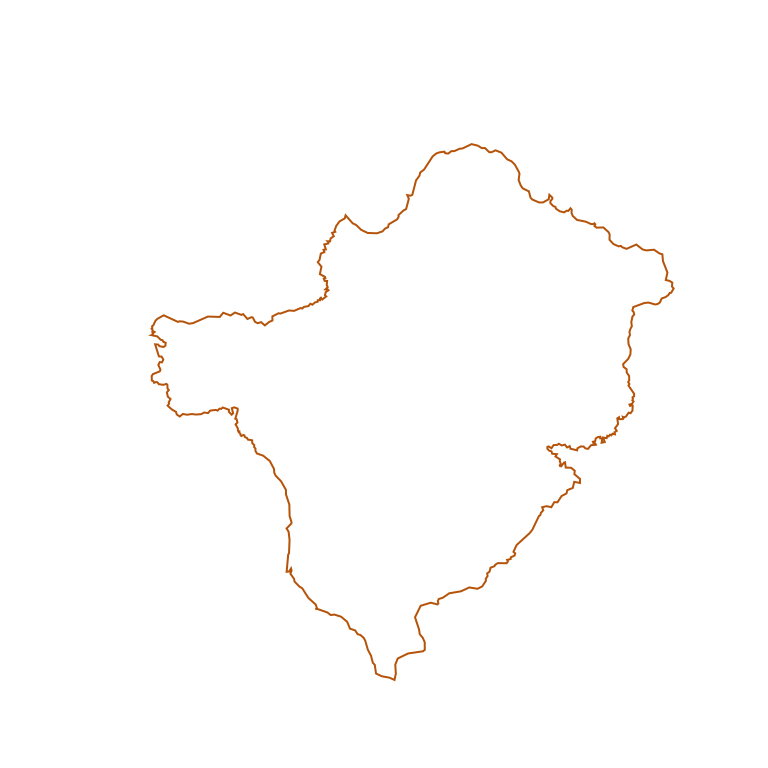 Nagekeo, Nusa Tenggara Timur, Indonesia, rotated 208°
{"feature_id": "22746128B97494513966687", "entity_name": "Nagekeo", "entity_type": "district", "adm_level": 2, "iso_a3": "IDN", "parent_name": "Indonesia", "parent_adm1": "Nusa Tenggara Timur", "projection": "albers", "projection_center": [121.268, -8.674], "detail": "fine", "context": "isolated", "style": "outline", "palette": "amber", "viewbox_px": 768, "rotation_deg": 208, "n_neighbors": 0, "source": "geoboundaries", "source_scale": "gbopen_adm2", "svg_char_len": 6154}
<svg xmlns="http://www.w3.org/2000/svg" viewBox="0 0 768 768"><g transform="rotate(208 384 384)"><path d="M612.2,318.0L606.5,319.6L601.9,318.2L600.1,318.7L598.5,317.6L596.2,318.0L595.0,315.3L596.0,313.2L600.0,312.0L601.9,312.8L604.7,311.6L595.7,302.7L593.2,303.8L590.3,301.9L590.2,298.9L592.3,298.0L592.2,294.9L588.1,291.7L587.9,289.9L592.7,284.2L592.8,281.8L590.6,278.1L588.9,278.2L587.5,277.1L586.3,278.7L584.7,279.1L582.7,278.1L578.4,279.7L576.2,281.9L575.0,281.7L573.0,278.4L571.2,277.6L571.8,274.7L568.9,271.3L565.4,270.5L565.5,266.8L564.5,265.8L564.9,263.3L559.3,261.9L554.5,261.7L552.7,259.8L549.1,259.4L547.5,263.1L543.5,264.4L539.5,267.3L535.8,268.7L531.3,271.5L529.4,274.4L525.7,275.7L525.0,278.9L520.3,282.2L518.4,282.4L517.7,285.0L516.0,285.7L515.4,287.5L508.9,288.5L507.9,286.6L504.1,285.4L503.5,287.3L507.0,291.2L505.4,293.0L501.7,293.6L500.7,291.9L499.0,283.5L497.6,283.7L495.3,281.2L496.1,278.7L492.3,276.2L490.9,274.1L489.5,274.3L489.4,273.1L487.6,272.8L486.6,271.4L485.5,271.1L484.4,272.9L483.2,273.1L482.0,271.9L479.6,272.0L478.1,271.0L474.0,272.4L472.5,269.9L469.9,269.2L469.0,267.3L467.2,266.7L466.2,264.6L463.5,263.0L457.1,264.0L448.7,262.4L441.3,257.4L439.1,254.0L436.7,252.2L429.2,249.8L420.8,244.4L418.7,240.5L411.0,233.1L405.3,223.0L400.8,218.6L400.3,217.4L402.2,210.7L398.9,208.8L394.2,202.0L388.4,190.0L388.5,188.4L381.8,172.5L379.7,173.9L379.5,177.5L378.0,175.8L377.5,172.5L371.9,169.7L370.3,167.6L363.6,165.4L360.4,165.3L350.3,159.6L340.7,157.2L338.0,154.6L338.7,153.0L337.3,154.1L326.8,155.7L322.6,155.0L319.6,157.1L312.6,158.4L304.8,156.7L299.2,152.0L293.8,152.9L289.8,150.7L287.0,151.3L283.0,150.4L280.2,148.7L273.5,141.8L267.9,138.0L263.0,132.6L260.3,131.7L255.1,124.6L248.8,124.9L241.2,127.3L235.8,127.6L237.6,133.9L242.3,141.5L243.0,148.1L236.2,157.4L224.1,166.3L223.2,168.4L226.8,175.1L230.6,178.1L235.0,179.9L237.8,183.7L247.1,192.6L247.5,205.4L240.1,212.8L233.3,214.5L233.0,215.8L234.6,217.7L234.7,219.9L231.7,222.9L228.1,229.9L218.7,237.1L213.2,244.4L205.3,247.1L202.3,251.3L201.6,258.0L202.7,259.6L202.4,263.1L204.0,265.2L202.7,267.8L203.7,271.8L200.9,275.0L201.0,276.5L199.4,279.3L191.6,283.3L191.3,285.5L192.7,286.5L190.0,288.9L190.7,290.5L188.2,293.7L188.6,296.0L190.9,296.6L191.3,304.1L185.3,321.0L184.6,325.0L185.2,340.1L184.4,341.7L185.0,343.9L184.1,347.3L186.5,349.4L183.2,352.4L178.4,353.8L178.2,359.6L175.3,361.0L174.6,368.5L171.5,373.0L172.3,376.4L168.5,380.9L170.1,386.9L164.5,388.6L166.4,392.2L173.6,393.8L174.8,396.9L179.4,397.9L184.3,395.5L187.4,399.9L188.2,399.0L188.9,394.5L190.1,394.2L190.7,394.8L190.4,396.4L192.6,398.4L193.2,400.1L198.6,400.5L198.4,403.2L202.7,401.4L204.5,403.1L206.9,402.7L209.3,403.5L210.2,405.2L209.3,406.2L206.0,405.9L205.6,409.6L202.4,411.6L201.6,413.3L198.2,413.2L195.8,415.4L192.6,413.9L190.9,416.3L189.0,414.4L182.4,416.1L183.0,418.1L181.0,421.2L178.4,422.5L176.0,421.7L173.4,422.5L172.5,427.1L168.4,429.8L169.6,430.7L171.3,430.1L172.4,431.1L170.7,432.6L171.5,435.4L170.2,437.6L168.4,438.9L167.6,437.5L165.6,438.4L164.3,434.3L161.8,436.4L165.4,439.6L162.0,440.7L162.5,443.1L161.1,443.2L160.6,445.4L159.2,445.4L158.9,447.4L156.5,448.0L157.8,449.6L156.5,451.9L159.3,453.4L158.5,458.5L161.9,463.2L160.9,464.9L159.9,463.3L156.7,465.1L156.5,465.9L157.7,467.1L156.3,467.3L155.1,468.9L154.5,473.5L152.6,474.0L152.1,477.1L154.3,481.7L155.4,481.5L156.4,480.2L157.6,481.1L155.7,483.0L155.5,485.8L157.1,486.2L157.2,487.7L158.3,488.9L157.4,490.6L158.6,492.8L167.4,497.4L167.3,499.2L169.3,500.3L169.2,502.4L171.4,506.2L175.0,508.0L176.8,511.0L180.4,511.5L182.2,513.8L180.2,520.6L180.3,525.7L182.5,530.5L186.8,534.0L189.7,538.8L189.8,542.7L191.7,545.2L192.3,548.4L192.3,551.4L194.7,554.7L196.3,560.2L195.7,562.8L197.4,564.8L199.2,565.4L200.0,569.0L192.1,577.8L188.6,580.1L182.0,581.5L180.1,582.9L178.7,585.4L179.0,589.9L176.2,592.9L174.7,596.0L174.5,598.5L173.3,599.4L173.1,604.3L175.4,605.2L177.1,608.9L180.2,609.1L184.0,608.1L186.1,615.5L195.4,623.5L199.1,629.2L201.9,628.6L208.7,629.3L214.9,625.2L218.8,624.2L226.7,625.6L233.3,617.2L237.8,616.6L239.8,617.1L241.4,615.7L247.1,615.3L252.6,617.2L255.0,622.0L257.0,623.5L263.8,625.2L269.8,621.8L272.3,622.3L272.4,624.2L273.6,624.7L274.6,623.2L276.5,622.4L281.9,622.1L290.6,619.5L296.3,621.0L298.8,623.2L300.0,625.9L301.8,626.7L302.6,623.3L304.0,622.8L305.6,620.1L310.0,619.0L314.4,619.5L315.9,620.9L317.9,620.5L322.0,621.8L322.9,623.4L322.3,626.6L322.9,627.6L326.8,628.7L325.3,624.5L328.8,619.0L332.3,617.1L339.8,616.5L342.1,617.3L346.5,622.1L353.5,621.9L356.5,623.5L360.9,627.3L363.0,633.1L364.5,634.6L371.6,639.2L376.0,640.5L380.7,640.2L388.9,643.4L395.2,642.7L397.9,639.1L399.8,638.1L405.6,639.7L408.4,638.2L413.0,638.5L419.3,636.9L425.3,628.8L427.7,627.2L431.4,622.5L433.8,621.3L435.5,617.6L438.4,616.5L439.7,617.5L443.9,614.5L446.1,612.0L447.9,607.8L449.3,592.1L451.3,587.8L450.5,584.6L451.3,578.8L447.8,564.3L449.0,562.7L452.1,561.7L449.0,559.1L446.6,548.8L448.3,546.3L450.5,539.9L449.6,538.5L449.7,535.5L454.8,527.2L454.0,524.3L456.0,521.8L457.0,518.0L461.1,513.7L469.3,509.7L476.5,509.4L483.2,511.3L487.1,511.2L497.1,514.9L496.4,511.8L499.6,506.7L500.4,501.2L499.7,496.2L498.5,495.5L500.8,493.1L497.7,490.9L499.5,487.4L498.6,484.7L500.9,483.5L499.4,483.0L499.2,481.9L502.3,479.2L498.5,475.5L500.4,474.1L498.6,472.5L501.0,469.5L499.2,463.4L499.7,460.5L494.3,458.2L492.2,450.9L486.5,450.9L485.5,449.9L486.6,448.8L484.8,447.2L482.6,448.3L481.1,444.6L479.2,443.1L480.1,440.1L478.0,441.1L477.0,440.7L478.6,437.9L477.8,434.6L476.1,434.2L478.2,429.6L480.2,430.6L480.7,429.4L479.8,427.9L481.8,426.9L481.2,425.4L483.3,423.6L484.4,420.4L486.7,420.3L487.3,417.3L491.0,414.4L491.5,412.3L493.3,411.9L497.7,406.4L502.4,404.3L508.7,397.4L510.3,397.0L514.3,391.3L512.3,387.7L514.6,384.8L516.7,379.8L521.6,380.9L524.0,378.4L527.0,378.3L531.1,381.1L532.5,380.7L535.1,377.3L541.2,379.6L542.3,378.1L549.2,377.1L551.6,372.5L559.4,371.4L560.5,366.1L571.1,360.9L581.2,348.1L584.4,345.7L590.6,344.8L593.8,343.5L595.1,342.1L610.8,341.2L614.7,335.1L615.5,332.4L615.2,327.6L615.9,326.1L614.7,324.4L615.1,323.7L613.8,323.1L613.0,321.4L612.5,322.3L611.0,322.2L611.8,320.7L611.3,319.0L612.2,318.0Z" fill="none" stroke="#b45309" stroke-width="2"/></g></svg>